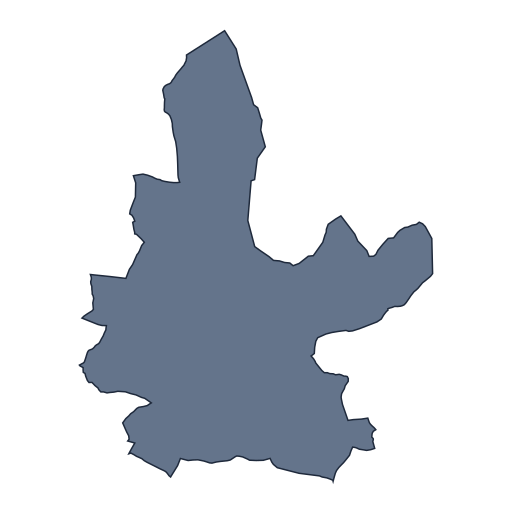 outline of Orlu, Imo, Nigeria
{"feature_id": "59680162B21498960785654", "entity_name": "Orlu", "entity_type": "district", "adm_level": 2, "iso_a3": "NGA", "parent_name": "Nigeria", "parent_adm1": "Imo", "projection": "albers", "projection_center": [7.037, 5.818], "detail": "fine", "context": "isolated", "style": "filled", "palette": "slate", "viewbox_px": 512, "rotation_deg": 0, "n_neighbors": 0, "source": "geoboundaries", "source_scale": "gbopen_adm2", "svg_char_len": 4690}
<svg xmlns="http://www.w3.org/2000/svg" viewBox="0 0 512 512"><path d="M432.6,273.6L431.8,238.5L425.3,226.6L422.6,223.8L419.2,222.2L416.4,224.4L412.1,225.2L407.8,227.1L404.7,227.5L400.0,230.3L397.7,232.4L393.6,237.9L388.2,238.4L383.0,244.1L378.0,250.2L375.9,254.4L373.6,256.2L369.1,256.4L366.8,250.6L357.8,241.1L354.8,234.2L340.9,215.9L335.7,219.0L328.2,224.3L326.4,229.2L326.2,232.3L325.0,235.0L322.8,242.3L313.3,255.7L308.3,256.2L299.2,263.4L293.1,265.7L289.8,263.0L284.6,262.5L279.4,260.9L273.5,260.4L269.0,256.6L260.5,250.8L254.7,246.6L247.8,220.5L251.1,180.8L254.6,179.6L257.3,158.2L265.3,146.8L260.7,130.1L261.5,124.3L262.0,120.1L260.8,118.1L259.5,113.6L257.7,107.8L253.6,104.7L251.6,97.5L240.0,65.3L236.2,49.0L224.6,30.7L186.5,55.0L186.6,57.9L186.3,59.2L186.1,60.9L185.5,62.0L184.4,64.2L183.9,65.3L182.6,66.7L181.0,68.7L178.5,71.6L177.3,73.0L175.7,75.2L174.7,77.2L173.4,79.0L172.1,80.6L171.5,81.9L170.7,82.9L169.6,83.7L168.4,84.1L167.6,84.4L165.7,85.4L164.3,86.6L163.0,89.1L162.8,90.4L163.4,93.2L163.7,94.7L164.2,97.9L164.8,98.8L164.5,102.4L164.4,105.8L164.4,107.6L164.2,109.8L164.5,111.2L165.3,112.1L166.4,112.6L168.5,114.1L169.9,115.8L171.4,119.5L172.3,123.5L172.4,126.6L173.2,132.3L173.9,135.8L175.7,141.7L176.7,148.3L177.4,156.5L177.7,164.0L178.0,175.0L178.3,177.7L179.7,182.3L177.1,182.6L173.7,182.6L169.4,182.2L164.7,181.4L161.8,180.7L160.0,179.6L157.1,179.2L154.4,178.0L152.6,177.0L147.6,175.2L143.0,174.1L139.0,174.7L133.4,175.7L135.7,182.9L135.4,197.1L133.5,201.8L131.7,206.5L130.3,210.2L129.7,213.9L131.9,215.2L133.6,217.9L134.8,221.2L132.7,222.3L133.2,225.0L133.9,229.3L134.7,232.3L134.7,233.9L136.5,234.3L138.5,236.2L141.2,238.8L144.3,242.3L141.7,245.5L139.5,250.9L138.1,253.4L137.0,254.6L132.6,264.6L129.4,269.3L125.9,278.4L109.6,276.5L93.9,274.9L91.4,274.6L90.4,274.5L91.3,277.2L91.4,279.1L90.7,281.7L90.9,283.8L91.8,286.3L91.9,289.6L92.2,292.1L92.2,294.1L93.1,295.7L93.7,298.5L93.2,301.1L92.8,302.9L93.4,309.4L91.9,311.0L87.5,313.7L83.9,316.2L82.0,318.1L87.2,320.2L98.0,324.5L102.0,325.5L105.8,325.6L106.4,325.6L106.0,328.2L105.9,329.8L104.3,333.1L103.2,335.9L101.4,339.0L99.8,342.1L98.7,343.6L97.5,344.3L96.3,345.0L95.1,346.0L94.3,347.2L93.3,348.2L92.3,349.0L91.3,349.4L89.1,350.2L88.1,351.2L87.4,352.6L86.7,354.7L85.8,357.7L84.8,360.7L84.3,362.0L83.7,362.7L83.2,363.1L82.5,363.4L79.4,365.1L80.0,365.9L83.1,367.6L83.1,370.3L83.3,372.4L85.0,373.4L85.7,376.2L87.4,380.5L89.0,382.5L92.0,382.4L95.0,385.6L98.0,388.0L98.8,389.7L100.8,391.9L103.5,391.9L107.0,392.9L109.6,392.5L113.9,392.1L117.8,391.3L125.4,391.8L130.7,393.6L136.0,394.9L141.5,397.4L144.7,398.3L151.3,402.9L148.8,404.5L147.2,405.6L143.6,406.5L138.7,407.3L136.7,408.5L133.6,411.7L130.7,413.7L128.8,415.9L125.8,418.6L122.7,422.9L125.4,429.1L126.7,432.0L128.7,435.8L129.1,439.2L127.7,441.0L134.8,443.0L131.6,448.6L129.2,453.0L128.8,453.8L130.9,453.1L134.0,454.7L136.5,456.3L139.1,457.4L141.9,458.7L144.3,460.7L146.9,462.2L151.9,464.7L160.2,468.9L164.1,470.7L165.5,471.5L166.5,472.4L167.5,473.6L167.9,474.2L168.2,474.5L169.0,475.7L170.6,477.0L171.1,476.1L173.9,471.6L177.6,465.6L180.4,458.5L188.1,460.5L192.9,460.0L197.9,459.8L203.8,461.0L206.7,461.9L209.7,462.9L212.0,463.1L216.3,462.0L220.6,461.4L227.4,460.7L230.3,460.0L235.1,456.8L236.6,456.0L239.1,456.2L242.6,456.9L247.8,459.2L249.5,460.2L256.2,460.5L263.3,460.3L270.1,458.4L271.8,462.1L273.4,464.4L277.3,467.7L299.1,473.3L319.5,475.9L322.1,477.0L326.9,477.9L329.9,479.0L332.8,480.2L333.1,481.3L333.8,478.6L334.5,476.1L335.3,473.3L336.5,470.6L338.8,467.5L341.5,464.7L343.5,462.7L345.5,460.3L349.5,455.3L351.0,450.8L352.6,447.1L354.7,447.4L356.3,447.8L359.3,449.2L363.8,449.9L366.6,450.4L370.7,449.7L374.7,448.4L372.8,441.5L373.3,439.6L373.2,438.6L372.3,437.6L371.8,437.1L371.9,435.8L372.0,434.5L372.3,433.0L373.4,431.2L375.8,429.7L375.0,428.7L373.9,427.5L372.3,426.1L370.6,424.4L369.6,423.1L369.0,421.7L367.8,418.1L361.4,419.1L353.3,419.6L348.0,420.4L344.3,409.7L342.5,404.5L341.4,399.2L341.1,397.1L341.6,393.7L343.1,390.9L344.3,388.8L345.2,385.7L348.2,381.4L348.3,378.6L347.3,376.6L345.9,376.2L344.0,376.1L341.3,374.9L339.2,374.3L337.1,374.6L335.5,374.8L333.3,373.8L329.7,373.6L327.4,372.7L324.3,372.7L321.8,370.5L315.7,362.9L315.2,361.5L313.5,358.7L311.1,356.0L312.8,354.7L314.3,353.5L314.7,347.2L315.8,341.3L317.7,337.7L326.0,334.0L331.8,332.5L337.8,331.5L346.0,330.4L348.7,331.3L352.5,330.9L359.4,328.7L377.0,321.9L381.3,319.0L383.5,315.3L384.8,313.5L386.6,311.3L387.9,310.3L387.8,308.8L388.9,308.3L392.1,307.4L394.7,306.4L397.6,306.5L400.6,306.2L402.5,305.6L404.3,304.7L406.1,302.7L409.0,298.5L410.9,295.6L414.0,291.7L415.8,290.3L417.9,288.4L422.5,282.8L425.4,280.6L430.5,276.3L432.6,273.6Z" fill="#64748b" stroke="#1e293b" stroke-width="1.5"/></svg>